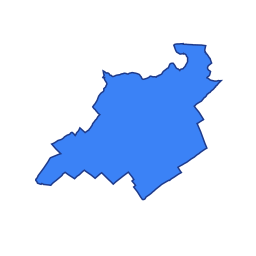 outline of Tanacu, Vaslui, Romania, rotated 79°
{"feature_id": "2599482B56716933323538", "entity_name": "Tanacu", "entity_type": "district", "adm_level": 2, "iso_a3": "ROU", "parent_name": "Romania", "parent_adm1": "Vaslui", "projection": "mercator", "projection_center": [27.831, 46.668], "detail": "fine", "context": "isolated", "style": "filled", "palette": "blue", "viewbox_px": 256, "rotation_deg": 79, "n_neighbors": 0, "source": "geoboundaries", "source_scale": "gbopen_adm2", "svg_char_len": 5606}
<svg xmlns="http://www.w3.org/2000/svg" viewBox="0 0 256 256"><g transform="rotate(79 128 128)"><path d="M194.4,130.2L196.4,129.4L197.6,129.0L200.9,127.5L201.2,126.7L201.2,126.3L201.1,125.6L200.9,125.1L200.6,124.6L199.3,123.6L198.3,121.5L197.8,120.2L196.6,117.8L195.4,115.9L194.7,114.5L193.5,112.6L191.8,109.4L191.1,108.0L189.8,105.7L188.3,101.5L187.2,98.2L187.2,97.7L187.4,97.1L186.7,96.2L185.9,94.5L185.2,92.5L183.0,87.4L181.9,84.1L180.2,84.9L176.1,86.5L175.1,83.8L174.5,81.8L173.7,79.7L172.8,76.8L170.5,72.0L169.1,68.2L168.8,67.8L167.4,65.2L166.7,63.3L165.6,61.3L164.3,58.4L163.3,56.0L162.8,54.4L157.5,55.5L145.6,57.4L136.8,59.3L136.8,58.9L136.6,58.5L136.0,57.0L135.4,55.7L135.3,55.2L134.8,54.2L134.5,53.0L134.1,52.2L127.1,54.9L125.3,55.7L121.6,57.7L119.2,58.8L119.0,58.5L118.9,58.1L117.8,56.6L117.1,55.1L116.9,54.5L116.1,52.3L115.9,51.6L115.6,50.8L113.4,48.1L112.7,47.3L112.4,46.3L111.9,45.6L111.4,45.0L110.1,44.0L109.9,43.7L109.7,43.0L109.1,42.1L108.8,41.2L108.7,40.7L107.9,39.8L107.3,38.9L106.5,37.3L106.0,36.5L104.9,35.2L104.3,34.2L103.9,34.2L103.6,33.8L103.4,33.2L102.9,32.3L102.5,32.0L102.0,31.3L101.3,30.5L100.6,29.4L99.7,28.1L99.3,27.5L99.2,28.2L99.1,28.8L99.0,29.5L98.7,30.1L98.7,30.7L98.8,31.2L98.9,31.7L98.7,32.9L98.5,34.0L97.7,35.7L97.0,37.4L96.5,38.2L95.7,38.8L94.2,40.3L94.0,40.5L93.9,40.9L93.6,40.9L93.2,40.4L92.8,39.7L92.7,39.2L92.3,38.6L91.9,38.0L91.0,37.5L90.5,37.2L89.3,36.7L88.4,36.2L87.6,36.7L87.3,37.0L86.8,37.7L85.2,38.5L84.7,38.5L83.5,38.3L82.2,37.3L80.2,33.5L78.8,33.8L75.3,34.2L75.0,34.5L74.2,34.9L72.6,35.5L71.5,36.0L70.7,36.3L70.4,36.6L70.1,37.1L69.5,37.0L69.2,37.1L68.5,37.8L68.2,37.9L67.7,37.6L67.5,37.8L66.2,37.8L64.2,37.0L62.0,36.0L61.3,38.1L61.0,39.0L60.8,39.5L60.7,39.7L59.0,47.2L58.8,48.3L58.6,48.5L57.9,51.3L57.3,53.8L57.0,54.6L56.9,55.2L56.8,55.3L56.8,55.8L56.3,57.8L55.7,57.7L55.6,58.9L55.4,60.0L55.3,61.5L55.0,63.1L54.9,63.5L54.8,64.4L54.8,65.3L54.8,66.0L54.9,66.3L55.1,66.7L55.2,66.9L55.9,67.0L57.0,66.9L56.9,67.0L60.7,66.4L61.5,66.2L62.8,65.7L65.4,62.8L65.4,62.1L65.6,59.9L65.9,59.4L65.4,59.2L66.4,57.8L66.9,57.3L67.5,57.0L68.8,56.8L70.2,56.0L72.9,56.6L74.2,56.8L75.4,57.7L77.5,59.6L78.0,59.7L78.1,59.9L78.9,60.8L79.4,61.6L79.8,62.1L80.2,62.4L80.4,63.4L80.3,64.6L80.4,64.9L80.7,65.6L81.4,66.2L79.8,67.3L79.5,67.7L79.4,68.2L78.9,68.6L78.5,69.1L76.9,69.7L75.5,70.1L73.2,71.2L73.0,71.4L72.9,71.9L72.9,72.6L72.7,73.3L72.8,73.5L73.3,74.8L73.8,75.1L76.5,76.8L76.7,77.0L76.9,78.0L77.7,79.5L79.1,82.4L80.0,83.4L80.9,84.1L81.4,84.6L81.6,85.0L82.4,87.7L82.2,87.7L82.9,89.9L83.1,90.1L82.9,90.2L83.0,90.5L83.3,90.9L83.2,91.0L83.0,91.5L82.7,92.4L82.6,93.5L82.4,94.0L81.5,95.7L81.4,96.1L81.4,96.4L81.5,96.6L82.0,97.2L82.1,97.4L82.8,99.6L82.8,99.9L82.9,100.5L83.1,102.5L83.1,103.2L83.1,103.9L82.5,104.7L82.3,104.8L82.0,104.9L80.3,105.3L79.5,105.8L78.3,106.3L77.6,106.7L76.8,107.9L76.3,108.7L75.5,110.4L75.2,111.3L74.5,112.9L74.4,113.6L74.4,114.3L74.5,114.6L74.5,116.2L74.6,116.5L75.0,117.3L75.0,117.8L74.7,118.6L74.0,119.7L73.6,120.9L73.5,121.2L73.5,121.6L73.7,122.2L73.7,123.4L73.7,124.5L74.0,125.3L74.1,125.6L74.1,126.4L74.0,128.3L74.0,129.2L74.1,130.0L74.3,130.8L74.5,131.4L74.6,132.2L74.6,133.1L74.5,133.4L74.2,133.8L73.3,134.2L73.2,134.4L72.9,135.0L72.9,135.4L72.6,135.6L72.1,135.9L71.4,136.1L70.8,136.5L70.3,137.0L69.9,138.0L69.9,138.4L69.9,138.8L69.8,139.0L68.6,139.9L68.1,140.4L67.8,140.8L67.2,141.5L67.3,141.5L68.5,141.5L70.4,141.6L71.4,141.2L71.7,141.3L72.0,141.6L73.7,143.1L74.0,142.8L74.1,141.4L74.9,141.8L75.9,141.8L76.7,141.5L77.2,141.3L78.4,140.9L78.8,140.6L80.1,140.3L80.4,140.3L81.0,140.4L82.6,141.7L83.4,142.0L84.6,144.0L84.9,144.3L86.0,144.4L86.7,144.6L87.2,145.0L87.6,145.6L87.8,146.0L88.0,146.6L88.2,146.9L88.5,147.7L89.6,149.1L90.5,150.0L91.1,150.7L91.8,151.1L93.4,152.1L94.6,152.8L95.6,153.6L97.8,155.6L99.2,157.3L100.5,158.6L101.0,158.4L102.6,157.6L102.9,157.4L103.2,157.1L103.6,156.7L105.0,156.2L105.4,155.8L107.4,154.8L108.0,154.4L109.5,153.1L111.0,155.3L113.0,157.0L113.5,157.6L113.7,158.0L114.1,158.6L115.1,159.6L115.7,160.3L116.7,161.5L117.1,161.9L118.7,162.8L119.5,163.8L120.5,164.6L121.8,166.3L122.2,166.7L122.8,167.1L122.8,167.3L122.8,167.9L122.9,168.1L123.4,169.0L124.1,170.7L124.3,171.0L118.7,175.2L120.1,176.2L120.8,176.7L121.7,177.6L122.2,178.3L122.5,178.8L123.2,179.6L124.3,180.3L125.3,181.3L124.8,181.6L124.0,181.9L123.8,182.1L122.8,182.7L121.7,183.6L121.6,184.3L121.8,185.0L122.1,185.3L122.3,185.6L122.9,186.2L123.1,186.7L123.2,187.3L123.4,189.0L124.6,192.1L125.5,193.2L126.3,194.9L126.6,196.0L126.9,199.2L127.1,199.6L128.0,201.7L128.5,203.0L129.0,204.8L129.2,206.0L134.9,202.7L140.4,198.9L140.7,201.3L141.4,204.7L141.7,206.3L142.4,209.7L142.5,209.9L143.2,210.7L145.9,213.0L151.3,218.4L157.7,225.4L158.2,225.6L160.2,227.3L160.4,227.6L160.5,228.0L160.8,228.3L161.4,228.3L161.8,228.5L162.0,228.5L162.8,227.9L163.6,227.6L164.5,227.5L164.9,227.3L165.1,227.1L165.3,226.5L165.7,226.0L166.2,225.1L166.7,224.0L166.1,223.4L166.0,223.2L166.5,222.6L166.7,222.2L167.2,221.8L167.4,221.4L167.6,220.5L168.2,218.6L168.9,216.4L169.5,214.7L169.3,214.4L169.1,214.2L168.6,213.6L168.2,213.0L167.7,212.3L166.5,210.1L165.9,208.8L162.9,203.4L162.0,201.9L161.3,201.2L161.1,201.1L160.9,201.1L159.5,198.2L162.3,195.6L167.6,190.1L165.9,187.6L165.4,186.8L165.1,185.9L164.8,185.2L164.4,184.4L162.2,181.0L161.4,179.6L161.1,178.8L161.6,178.5L162.5,177.7L167.2,173.1L169.0,171.6L171.1,169.9L167.8,164.3L166.9,162.4L175.4,156.6L177.4,155.1L180.3,153.2L178.5,150.2L174.2,141.9L171.4,136.1L176.8,133.3L179.7,132.1L180.3,133.3L180.8,134.2L184.6,132.1L185.8,131.6L187.0,133.7L192.1,131.1L194.3,130.2L194.4,130.2Z" fill="#3b82f6" stroke="#1e3a8a" stroke-width="1.5"/></g></svg>